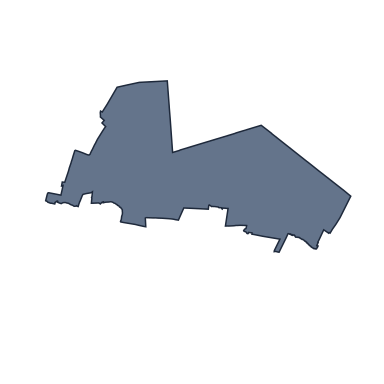 Ripiceni, Botosani, Romania, rotated 316°
{"feature_id": "2599482B27796120382468", "entity_name": "Ripiceni", "entity_type": "district", "adm_level": 2, "iso_a3": "ROU", "parent_name": "Romania", "parent_adm1": "Botosani", "projection": "equal_earth", "projection_center": [27.135, 47.902], "detail": "fine", "context": "isolated", "style": "filled", "palette": "slate", "viewbox_px": 384, "rotation_deg": 316, "n_neighbors": 0, "source": "geoboundaries", "source_scale": "gbopen_adm2", "svg_char_len": 5663}
<svg xmlns="http://www.w3.org/2000/svg" viewBox="0 0 384 384"><g transform="rotate(316 192 192)"><path d="M303.3,305.3L302.2,295.5L302.0,294.3L297.8,264.3L296.0,250.5L295.9,250.2L295.8,249.4L293.9,235.2L289.9,205.5L290.0,205.1L288.1,192.1L264.5,180.0L263.8,179.8L263.2,179.5L224.8,159.8L213.3,153.9L212.5,153.5L211.9,153.4L205.5,150.1L226.8,124.6L234.2,115.6L235.4,114.2L251.4,94.9L230.2,76.5L220.7,70.6L220.4,70.4L210.9,64.6L191.8,70.0L183.0,72.1L182.4,70.3L181.1,71.2L179.1,73.6L178.2,74.4L178.6,79.5L175.2,79.8L175.3,85.0L173.2,85.3L170.2,86.0L160.6,88.4L158.3,89.2L157.4,89.5L156.8,89.8L155.6,90.1L154.6,90.4L149.8,92.2L148.1,92.7L144.8,94.0L144.4,94.0L144.2,94.0L143.8,93.9L143.5,93.7L143.3,93.5L143.0,93.0L142.7,92.6L142.4,92.0L140.6,87.9L138.9,84.4L137.1,81.0L136.5,80.9L136.3,80.9L136.1,81.0L134.3,82.0L131.5,83.5L128.6,85.2L126.6,86.2L125.1,87.1L120.2,89.6L119.3,90.2L117.2,91.4L107.2,96.6L105.6,94.7L102.3,97.1L103.0,97.6L103.6,97.8L100.4,100.0L95.5,103.2L93.6,100.4L91.5,97.4L88.7,93.4L88.3,92.9L87.9,92.7L87.6,92.6L87.2,92.7L86.0,93.3L84.7,94.1L80.7,96.6L80.8,97.3L81.0,97.5L81.2,97.8L81.3,98.0L81.2,98.9L81.2,99.3L81.4,99.8L81.6,99.9L81.8,100.2L82.0,100.9L82.2,101.4L82.8,102.2L83.0,102.3L83.3,102.7L84.9,105.2L85.0,105.3L85.2,105.2L85.4,105.0L85.6,104.9L85.9,104.5L86.0,104.4L86.4,104.4L86.5,104.6L87.9,104.6L88.6,104.8L88.9,105.0L89.0,105.4L88.9,105.6L88.6,105.8L88.2,106.0L88.6,107.0L88.9,107.6L89.5,108.9L89.8,109.4L90.0,109.6L91.1,109.8L91.9,110.1L92.1,110.3L92.4,110.6L93.2,111.2L93.8,111.9L94.2,112.8L95.0,113.9L95.3,114.4L95.5,115.0L95.8,116.2L96.0,116.9L96.4,117.7L97.0,118.8L97.1,119.8L97.3,120.3L97.7,120.8L98.4,121.3L98.8,121.5L99.4,121.7L99.2,122.0L100.0,123.4L101.6,122.5L102.8,121.8L103.8,121.4L104.3,121.0L105.3,120.8L107.1,119.9L108.1,119.5L110.0,118.6L111.1,118.2L111.9,118.0L112.0,118.0L114.9,119.7L118.4,122.1L118.8,122.3L119.8,122.6L120.5,122.7L118.2,124.7L117.0,125.6L116.9,125.8L116.2,126.1L115.8,126.3L115.7,126.8L115.5,127.0L115.3,127.2L114.7,127.7L114.1,128.2L111.8,130.2L117.1,134.9L117.3,135.1L117.7,136.4L117.7,136.9L119.2,136.9L119.7,136.8L120.0,136.9L120.7,137.1L121.4,137.5L120.7,138.1L122.4,139.1L123.0,139.5L125.3,141.5L126.5,142.3L127.2,143.1L127.7,144.0L128.0,144.6L128.1,145.6L128.5,146.3L128.8,146.8L128.9,147.7L129.0,148.4L129.0,148.6L129.3,148.9L129.3,149.3L129.3,149.6L129.2,149.9L129.2,150.0L129.3,150.3L129.7,150.8L129.7,151.0L129.7,151.4L129.5,152.1L129.5,152.4L129.5,152.7L129.9,153.3L130.0,153.5L129.6,154.8L129.7,155.9L129.5,156.4L129.3,156.7L128.9,156.9L128.7,157.2L128.3,157.7L127.4,158.8L126.2,159.8L125.4,160.2L124.6,160.6L123.8,161.2L123.0,161.9L121.6,162.9L120.9,163.1L120.0,163.6L119.9,163.9L120.2,164.4L121.8,166.7L128.7,176.0L130.5,178.9L132.5,181.9L133.5,183.4L134.6,184.9L139.3,179.5L140.3,178.3L141.2,178.6L146.0,183.6L147.6,185.1L149.3,187.0L152.1,189.9L156.8,195.1L158.6,197.2L159.8,198.7L160.8,200.3L162.7,202.8L164.6,202.0L174.0,198.2L175.0,197.8L181.9,205.1L183.3,206.6L185.1,208.5L191.8,215.7L194.7,213.3L195.0,213.2L195.4,213.3L195.5,213.4L195.6,213.8L195.6,214.1L195.8,214.6L195.8,215.1L195.9,215.4L196.0,215.9L196.0,216.1L196.5,216.4L197.4,217.4L198.3,218.3L199.0,219.2L200.3,220.8L200.5,221.2L200.5,221.4L200.4,221.5L200.5,222.0L202.0,223.5L202.3,223.9L202.4,224.0L202.1,224.3L201.9,224.5L201.8,224.8L201.9,225.3L202.1,225.2L202.7,225.1L202.9,225.1L203.2,225.2L204.2,226.3L204.7,226.8L205.1,227.4L206.5,228.9L192.4,239.7L194.0,241.2L194.9,242.1L198.7,245.4L199.9,246.3L200.3,246.5L201.3,247.5L203.5,249.4L207.7,253.7L208.0,254.1L206.7,255.0L205.4,255.8L204.4,255.4L204.2,255.3L203.8,255.3L202.6,255.6L202.4,255.6L202.3,255.8L202.2,256.0L202.2,256.5L202.3,256.8L202.8,257.5L203.0,257.8L203.0,258.3L203.0,258.9L202.9,259.3L202.8,259.7L202.8,260.1L203.1,260.6L203.3,260.8L203.5,260.9L204.4,260.5L204.6,260.4L204.7,260.5L206.8,263.1L206.7,263.3L205.8,264.0L206.9,265.4L212.0,272.8L222.5,287.0L210.6,291.3L209.7,292.0L210.7,292.7L211.1,293.2L212.0,294.7L212.8,295.8L216.9,294.3L227.5,290.5L232.1,288.7L232.2,288.8L232.3,288.8L232.6,289.2L232.8,289.4L232.8,289.6L233.1,290.0L233.0,290.3L233.2,290.5L233.8,290.7L233.8,290.8L233.7,291.1L233.4,291.2L233.4,291.3L233.5,291.4L234.0,291.8L234.2,292.0L233.8,292.4L234.0,292.7L234.1,293.0L234.4,293.3L234.6,293.2L234.8,293.1L234.9,293.3L235.2,293.4L235.3,293.5L235.4,293.8L235.5,293.9L235.7,294.1L235.7,294.3L235.5,294.7L235.6,295.1L235.4,295.3L235.3,295.7L235.2,296.0L235.2,296.3L235.2,296.5L235.4,296.8L235.7,297.0L236.3,297.5L236.6,298.1L236.7,298.4L237.2,298.6L237.3,299.0L237.7,299.4L237.8,299.7L237.8,299.8L237.6,300.2L237.6,300.5L237.7,300.8L237.9,301.0L238.1,301.8L238.2,302.4L238.2,302.5L238.3,302.6L238.7,302.9L238.6,303.1L238.8,303.4L239.0,304.2L239.1,304.9L239.0,305.2L239.1,305.4L239.0,305.6L239.2,305.9L239.2,306.0L239.4,306.4L239.4,306.6L239.5,306.7L239.5,306.9L239.4,307.1L239.3,307.3L239.3,307.5L239.2,307.7L239.2,307.8L239.3,307.8L239.5,307.9L239.6,308.0L239.4,308.5L239.3,308.8L239.5,309.1L239.6,309.3L239.5,309.6L239.5,310.3L239.3,310.4L239.3,310.6L239.5,310.9L239.5,311.1L239.5,311.6L239.3,311.9L239.3,312.2L239.6,312.6L239.6,313.2L239.7,313.4L239.7,313.6L239.8,313.8L239.8,314.0L239.6,314.3L239.5,314.5L239.8,314.9L239.8,315.3L239.9,315.5L239.9,315.8L240.0,316.0L240.1,316.4L240.1,316.5L240.3,316.8L240.2,317.0L240.3,317.2L240.3,317.4L240.5,317.5L240.7,318.0L240.8,318.1L241.0,318.0L241.2,318.3L241.5,318.6L241.6,318.8L241.4,318.9L241.5,319.1L242.0,319.4L244.6,318.7L244.5,318.3L245.1,318.1L244.5,317.3L244.5,317.2L247.7,316.0L247.6,315.5L249.8,314.8L260.5,310.7L261.7,316.6L262.5,316.4L262.6,316.5L262.8,317.5L267.2,316.3L273.0,315.2L280.6,313.3L303.3,305.3Z" fill="#64748b" stroke="#1e293b" stroke-width="1.5"/></g></svg>